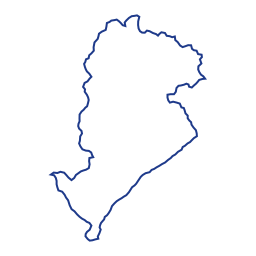 Belo Horizonte, Minas Gerais, Brazil (orthographic projection)
{"feature_id": "56859067B79938769509019", "entity_name": "Belo Horizonte", "entity_type": "district", "adm_level": 2, "iso_a3": "BRA", "parent_name": "Brazil", "parent_adm1": "Minas Gerais", "projection": "orthographic", "projection_center": [-43.962, -19.918], "detail": "fine", "context": "isolated", "style": "outline", "palette": "blue", "viewbox_px": 256, "rotation_deg": 0, "n_neighbors": 0, "source": "geoboundaries", "source_scale": "gbopen_adm2", "svg_char_len": 2770}
<svg xmlns="http://www.w3.org/2000/svg" viewBox="0 0 256 256"><path d="M139.3,16.8L137.0,15.4L134.2,15.9L131.7,16.2L129.0,17.9L126.3,20.5L124.7,22.5L125.3,26.0L122.7,25.2L120.6,22.8L118.8,21.1L116.7,19.6L114.5,20.1L111.3,20.6L109.5,22.0L106.9,23.0L106.4,26.7L105.7,29.9L101.7,31.7L99.0,33.7L98.5,36.1L97.7,38.9L94.5,42.4L93.6,47.2L93.8,50.7L91.4,53.4L89.2,55.3L88.6,58.3L86.0,59.3L85.3,61.9L84.1,63.9L84.9,66.9L85.8,69.3L86.9,71.4L89.3,73.7L91.4,76.8L89.5,78.7L87.5,81.4L84.6,82.9L83.1,86.9L85.0,89.3L84.7,91.7L86.9,94.8L88.1,97.4L88.7,100.0L88.0,103.1L87.1,106.3L85.3,107.7L83.7,109.7L81.5,111.6L79.6,114.5L79.5,118.6L79.6,121.2L78.5,123.8L78.2,126.1L79.1,128.6L81.5,130.9L82.0,133.5L80.2,136.4L79.9,140.8L79.1,143.4L80.4,146.3L82.4,149.3L85.8,150.6L88.9,150.9L91.2,152.5L92.1,155.1L93.2,157.2L89.4,158.0L89.1,161.2L89.6,164.3L88.8,168.1L86.0,169.7L83.3,170.5L80.9,171.4L78.0,173.5L75.9,175.0L74.2,178.0L71.5,180.1L68.5,177.6L66.2,174.9L64.2,172.7L60.4,171.8L57.4,173.0L53.7,172.6L50.9,174.6L54.1,175.3L55.8,177.9L56.6,180.9L56.6,184.3L57.3,187.1L58.4,190.4L62.2,191.7L64.7,194.9L66.0,197.5L68.1,200.3L69.7,205.3L71.6,209.2L74.5,211.3L77.1,214.4L79.6,216.8L82.1,218.7L84.6,220.0L86.7,221.8L89.4,222.9L91.4,225.6L89.7,229.7L87.0,231.9L85.7,234.0L85.5,236.3L87.7,239.0L89.7,240.6L92.3,240.3L95.3,239.4L98.3,238.7L97.8,236.5L99.4,233.2L100.7,229.6L99.6,227.4L100.1,225.2L101.0,223.0L102.6,221.1L104.1,219.4L104.8,216.9L107.0,215.3L108.6,213.2L110.6,209.9L112.0,206.1L114.3,203.5L116.7,201.2L119.3,199.5L121.6,198.2L123.7,196.7L126.3,195.2L129.0,192.1L132.1,187.2L134.6,185.4L136.2,183.7L137.7,181.4L140.8,176.8L142.7,175.0L145.6,173.2L149.6,172.2L151.6,169.9L154.2,168.9L156.6,167.3L159.2,165.9L162.0,164.1L165.1,162.5L168.1,159.9L170.8,158.0L172.5,156.1L175.3,154.5L178.0,151.8L181.6,149.7L182.7,147.0L184.9,145.8L187.6,143.4L190.0,142.1L191.8,140.2L193.9,138.1L196.9,136.2L196.7,133.3L195.9,130.2L193.5,127.5L191.5,124.6L191.1,122.2L189.3,120.5L187.7,118.3L187.7,115.6L185.5,113.4L184.6,110.2L183.8,108.0L181.4,107.4L179.8,103.6L176.7,102.6L173.1,101.7L169.9,102.6L168.3,100.4L167.5,97.6L167.5,94.7L170.5,94.2L174.0,94.2L175.8,91.8L176.5,88.0L178.5,85.8L180.8,85.5L184.0,84.7L186.4,83.7L188.5,84.5L189.1,86.7L191.8,87.5L194.1,85.3L196.0,83.7L197.7,81.8L199.2,79.9L202.7,78.9L205.1,78.7L203.3,76.3L201.0,74.7L199.3,72.1L198.2,69.5L198.4,66.3L201.4,63.5L199.9,59.3L201.9,57.1L201.6,54.7L198.1,54.1L196.6,50.7L193.8,50.2L192.0,48.8L191.1,45.3L188.1,45.2L185.4,46.2L182.6,47.1L180.1,45.5L177.7,42.1L175.3,40.1L174.8,36.5L172.2,37.2L169.7,36.2L166.7,35.8L165.0,33.0L161.4,32.3L159.4,33.9L158.0,35.6L156.1,34.1L152.9,33.0L149.6,31.2L146.9,30.6L144.8,32.7L142.1,32.6L140.0,31.2L138.6,28.5L138.1,25.0L138.2,21.3L139.3,16.8Z" fill="none" stroke="#1e3a8a" stroke-width="2"/></svg>